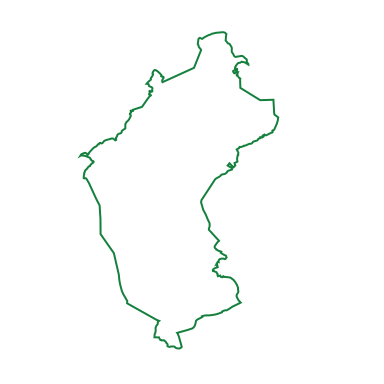 Ocampo, Michoacán, Mexico, rotated 76°
{"feature_id": "50627088B22128423990537", "entity_name": "Ocampo", "entity_type": "district", "adm_level": 2, "iso_a3": "MEX", "parent_name": "Mexico", "parent_adm1": "Michoacán", "projection": "robinson", "projection_center": [-100.33, 19.586], "detail": "fine", "context": "isolated", "style": "outline", "palette": "green", "viewbox_px": 384, "rotation_deg": 76, "n_neighbors": 0, "source": "geoboundaries", "source_scale": "gbopen_adm2", "svg_char_len": 5996}
<svg xmlns="http://www.w3.org/2000/svg" viewBox="0 0 384 384"><g transform="rotate(76 192 192)"><path d="M311.1,171.5L308.6,172.9L306.4,173.6L304.0,174.0L303.0,173.7L301.6,172.6L300.8,171.7L299.9,171.1L298.2,171.0L296.0,170.5L293.0,170.9L289.9,171.8L287.3,173.0L284.5,175.3L283.6,177.0L282.9,179.3L282.2,180.7L282.3,181.2L282.0,181.7L281.7,181.8L281.3,182.1L281.5,182.3L281.7,182.1L282.0,182.6L282.0,183.3L281.6,184.2L281.2,184.6L280.0,184.8L280.1,185.5L280.0,185.8L279.9,185.8L279.8,186.3L280.0,187.2L279.7,187.3L278.8,187.3L277.8,187.0L277.2,187.4L275.7,187.7L275.4,188.1L275.0,188.8L273.7,190.0L273.9,190.7L273.8,190.8L272.7,190.7L272.1,190.0L271.4,188.2L271.2,185.2L270.9,185.2L270.0,185.6L269.3,185.1L269.0,185.1L268.7,185.3L268.4,185.3L268.4,185.7L268.0,185.2L267.8,184.8L267.8,184.3L267.4,185.3L266.2,184.1L266.6,183.1L265.4,183.0L264.1,181.9L263.8,181.2L263.8,179.3L264.4,177.3L265.1,176.4L265.1,175.8L263.9,174.3L262.0,174.5L260.4,176.5L258.0,178.8L257.0,178.0L256.3,179.0L255.9,179.9L255.1,180.9L254.7,181.2L254.5,181.6L253.4,182.2L253.4,182.5L251.7,183.3L251.0,183.4L250.1,183.1L247.1,179.7L245.9,177.6L232.8,184.7L231.9,184.6L229.4,183.1L226.4,182.5L222.6,183.3L216.7,184.2L212.2,185.4L204.3,185.7L202.3,184.9L185.2,166.4L184.8,165.5L183.8,161.9L183.5,161.0L182.7,159.7L182.3,159.3L182.3,157.7L182.4,156.5L182.3,155.3L181.4,153.3L180.6,152.7L180.1,151.5L180.1,149.8L179.8,147.7L178.8,147.6L178.3,147.7L175.0,151.0L173.2,148.7L178.1,145.8L176.8,143.6L174.3,143.8L173.5,140.6L170.5,140.2L167.1,138.6L167.2,138.2L166.4,138.0L164.9,137.5L161.5,138.3L161.2,137.0L160.9,136.4L160.9,135.9L160.1,135.3L159.8,134.8L160.2,133.9L160.1,132.1L159.8,131.0L160.0,130.5L159.7,130.2L159.8,128.7L159.1,124.6L159.4,123.9L159.3,122.2L158.7,121.2L158.1,120.7L157.9,120.2L157.8,116.4L157.7,116.1L156.9,115.1L156.6,115.0L156.4,114.4L156.3,112.9L155.4,112.8L155.4,112.2L156.1,111.0L155.8,110.5L155.3,110.5L154.8,110.1L155.3,109.5L155.7,109.5L155.7,109.4L155.1,108.8L154.8,109.0L154.7,109.5L154.2,109.2L153.8,107.7L154.3,107.4L154.9,106.5L154.9,106.0L153.9,101.8L153.6,100.1L153.7,99.7L153.6,99.4L153.2,99.3L152.8,99.1L151.9,99.2L151.7,98.9L151.8,98.0L151.7,97.7L151.2,97.0L146.3,93.2L143.4,91.5L140.4,90.3L138.9,91.6L137.9,92.3L137.0,93.2L136.0,93.3L122.2,90.7L119.4,103.6L102.7,119.9L94.4,118.1L93.6,117.7L92.3,118.9L90.7,119.4L90.2,119.7L89.8,120.4L89.1,120.1L88.9,119.5L88.7,119.3L88.3,119.1L87.2,119.1L87.0,118.9L87.1,118.7L86.8,118.4L86.4,119.5L86.8,120.6L87.2,121.4L87.0,122.3L85.2,123.0L84.6,122.8L84.4,122.4L84.8,118.9L84.3,118.6L83.4,118.6L82.7,120.5L81.7,120.1L81.1,119.6L80.9,119.6L79.8,118.5L78.3,116.5L78.0,115.6L78.2,114.0L77.6,112.2L78.0,111.9L78.5,110.4L79.1,109.3L82.0,106.5L81.4,106.4L79.7,107.1L78.6,107.3L77.5,106.9L76.5,106.9L75.0,108.1L72.8,109.6L72.2,110.3L71.9,111.2L71.5,116.9L71.2,117.5L70.6,118.0L69.9,118.3L68.2,118.6L66.1,119.4L64.8,119.4L62.3,118.6L60.8,118.6L57.7,119.6L56.8,120.5L56.4,121.3L55.7,121.5L53.2,122.7L49.0,121.3L47.1,120.4L45.4,121.4L44.4,123.3L43.3,130.6L43.4,132.6L43.2,134.0L43.7,136.1L43.8,138.1L44.9,142.7L45.9,145.1L44.4,147.0L44.4,147.6L44.7,148.2L45.3,148.8L50.0,150.7L50.6,150.4L51.3,150.2L52.9,150.3L55.4,149.1L56.4,148.8L72.0,160.0L78.3,194.0L77.5,194.2L76.4,193.8L75.7,193.4L74.5,192.0L73.7,191.8L73.3,192.0L72.8,193.3L72.1,193.9L71.4,193.3L69.1,194.5L66.4,196.3L64.9,197.9L64.6,198.6L64.6,198.9L65.6,200.4L67.2,201.6L67.7,201.7L68.3,201.3L69.8,202.3L71.7,204.5L73.0,204.7L74.6,207.8L76.0,209.9L76.2,209.4L76.5,208.4L76.8,208.1L78.9,208.0L80.5,205.8L81.5,205.3L82.2,205.4L82.8,205.8L84.0,206.1L84.6,206.1L84.8,206.2L84.9,207.1L83.7,208.4L83.7,208.8L83.8,208.9L84.6,209.0L85.0,208.7L85.4,208.7L86.5,209.9L86.9,210.0L87.9,208.6L88.3,208.5L88.5,208.8L88.8,209.9L91.8,213.6L97.3,219.9L97.9,229.3L98.9,229.5L99.1,229.7L99.1,230.2L98.6,230.5L98.3,231.0L98.2,231.5L98.4,231.9L100.0,231.9L100.3,232.1L100.8,233.2L101.6,233.5L102.4,232.9L103.5,233.0L106.4,235.6L107.6,237.3L108.3,238.7L110.1,240.3L113.8,241.2L114.3,241.5L115.4,244.6L115.9,245.4L116.2,245.6L116.8,245.7L117.6,246.5L117.8,247.2L117.8,249.2L118.5,250.5L119.3,251.1L120.0,251.4L120.8,252.4L121.1,252.7L123.0,252.9L123.4,253.6L123.3,254.0L121.2,255.4L120.7,256.7L120.6,257.3L120.8,258.5L120.8,262.1L121.0,264.1L121.3,265.0L122.7,266.8L123.0,267.5L122.9,268.3L122.2,268.9L122.1,269.6L122.8,270.5L122.6,270.6L123.0,271.6L124.5,273.7L125.1,276.2L125.8,277.6L128.9,282.3L130.4,283.4L130.6,283.9L130.7,284.3L130.6,284.5L129.1,284.9L128.1,286.3L128.2,288.2L128.7,290.4L129.9,291.6L129.6,290.5L129.7,290.2L130.2,289.3L131.0,287.1L133.9,283.0L134.4,282.7L135.6,282.5L136.1,282.0L136.9,282.0L137.9,281.1L138.1,280.5L138.4,280.2L138.8,280.1L139.2,280.2L139.9,281.4L140.1,282.5L140.6,282.9L140.9,283.7L141.3,284.2L142.1,284.6L142.2,284.9L142.1,285.5L142.8,286.9L143.6,287.6L143.8,288.1L144.4,288.7L144.8,289.9L145.4,290.2L145.7,290.8L147.2,291.6L147.6,292.1L148.8,292.3L149.3,292.7L150.3,293.1L152.2,293.7L152.4,293.7L152.8,293.0L152.9,291.8L153.1,291.6L153.8,291.2L158.5,289.8L176.0,286.5L182.7,284.9L195.8,287.3L210.8,290.9L232.4,282.6L254.3,283.0L260.7,283.9L264.3,284.1L271.1,284.0L274.8,283.3L282.1,281.2L284.3,281.9L307.4,257.4L309.1,255.1L309.4,255.9L309.7,256.4L310.1,256.7L311.1,256.9L312.0,257.4L313.4,259.1L314.8,260.1L317.6,260.8L318.1,260.8L318.7,261.3L319.9,261.7L320.4,262.3L321.1,262.7L323.9,263.6L325.1,259.2L325.7,259.2L327.9,258.5L328.1,257.7L328.5,257.6L328.8,257.1L328.9,255.7L329.1,255.0L330.2,254.4L331.0,253.7L332.3,253.4L333.1,252.8L333.7,252.6L334.2,252.6L335.4,253.1L335.8,253.0L336.7,251.7L336.9,251.0L336.8,250.0L337.3,247.7L337.8,246.4L339.2,245.6L340.0,244.5L340.8,242.2L340.7,241.3L340.2,239.9L339.8,239.4L329.4,239.7L326.0,240.1L325.1,240.5L324.8,229.5L324.4,224.4L323.6,223.0L322.8,222.0L321.2,220.8L317.9,219.2L317.1,217.8L315.8,212.3L315.0,212.4L314.9,210.3L315.0,208.7L315.7,206.1L316.2,202.7L316.5,199.1L316.4,195.8L316.0,192.1L315.3,191.8L314.9,190.1L314.8,188.4L315.2,187.1L314.6,184.8L313.1,180.7L311.1,171.5Z" fill="none" stroke="#15803d" stroke-width="2"/></g></svg>